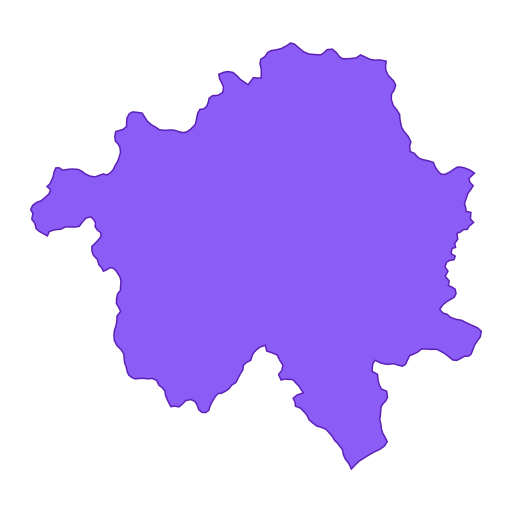 Três Corações, Minas Gerais, Brazil
{"feature_id": "56859067B1286472531500", "entity_name": "Três Corações", "entity_type": "district", "adm_level": 2, "iso_a3": "BRA", "parent_name": "Brazil", "parent_adm1": "Minas Gerais", "projection": "albers", "projection_center": [-45.209, -21.698], "detail": "fine", "context": "isolated", "style": "filled", "palette": "violet", "viewbox_px": 512, "rotation_deg": 0, "n_neighbors": 0, "source": "geoboundaries", "source_scale": "gbopen_adm2", "svg_char_len": 4857}
<svg xmlns="http://www.w3.org/2000/svg" viewBox="0 0 512 512"><path d="M351.3,469.0L355.5,464.6L359.3,461.0L363.9,458.1L369.0,454.9L374.5,451.8L380.1,449.2L384.8,445.7L387.2,441.6L385.5,438.0L382.9,433.5L381.3,428.7L380.9,424.2L379.8,419.7L380.4,415.0L380.7,410.5L381.1,406.8L382.9,403.8L385.6,401.1L387.5,397.3L386.7,391.2L381.3,389.0L379.1,384.3L378.0,379.8L377.5,374.3L372.1,371.3L372.3,367.4L372.9,363.5L375.1,360.3L380.4,362.9L386.4,364.3L390.1,364.1L394.1,363.8L398.5,365.2L402.3,366.2L405.4,364.5L407.6,359.8L409.6,355.6L413.8,354.0L418.2,351.7L421.3,349.1L425.9,348.9L430.2,349.4L433.6,349.3L437.2,349.4L440.7,351.3L444.0,353.1L447.1,355.3L450.1,357.8L452.8,360.0L456.7,360.4L460.4,358.6L464.5,356.3L468.7,356.1L471.2,353.9L472.8,349.8L474.6,344.9L477.2,341.1L480.3,336.8L481.3,331.3L477.9,328.1L474.5,326.4L469.9,324.4L465.6,322.4L461.7,320.3L455.9,319.3L450.4,317.3L447.1,314.3L442.9,313.0L439.7,309.2L443.1,304.6L447.1,301.4L450.2,299.6L454.2,297.3L456.0,293.7L455.2,289.2L451.7,286.9L448.4,285.5L449.2,280.9L445.2,276.3L448.0,271.1L445.0,267.1L446.6,262.2L449.7,260.5L454.1,259.6L455.2,256.1L451.0,253.6L452.1,248.3L455.6,247.5L454.7,243.6L457.7,239.2L457.0,233.3L460.7,231.9L463.4,229.6L467.3,229.4L469.2,226.0L473.6,222.5L470.4,219.0L470.9,212.4L466.2,211.4L465.7,207.8L464.4,203.4L466.4,198.0L467.9,193.4L470.3,190.2L473.2,185.7L470.1,182.6L468.8,178.5L474.5,173.1L469.9,170.0L464.8,168.0L460.9,167.1L457.2,167.1L454.2,169.0L450.0,171.9L445.1,174.3L441.2,174.3L438.4,171.6L435.4,167.4L433.4,162.4L428.7,160.9L423.1,159.7L419.5,158.5L416.9,156.4L414.5,153.4L410.2,151.5L409.6,146.1L410.9,142.0L408.2,136.4L404.0,131.4L401.6,127.4L400.6,122.9L399.9,118.6L399.6,114.4L396.8,109.9L393.2,105.4L391.3,99.5L391.5,94.0L394.1,90.2L395.7,85.3L393.7,81.0L391.3,78.6L388.2,75.3L385.8,70.2L385.6,65.9L386.2,61.2L380.6,60.0L374.2,60.1L369.9,59.3L365.5,57.2L360.6,54.9L356.0,58.0L350.8,58.5L346.1,58.8L342.3,58.6L339.4,56.6L336.3,52.5L332.2,49.1L327.0,49.7L324.0,52.7L320.8,54.8L315.1,54.6L308.8,54.0L303.5,51.7L298.6,47.7L294.6,44.2L290.7,43.0L286.5,45.8L281.4,48.5L275.9,49.9L271.1,50.6L267.5,52.6L265.1,56.4L260.7,59.4L260.0,63.9L261.2,68.8L261.3,73.9L261.2,78.0L257.1,78.0L253.4,77.6L251.2,80.7L248.1,84.7L244.4,82.2L240.1,79.2L237.3,76.1L233.1,72.5L227.9,71.5L223.6,72.3L218.8,74.3L219.6,78.8L221.6,82.6L223.6,87.4L222.7,92.4L218.1,95.3L212.6,95.7L209.1,98.3L208.1,103.0L206.4,106.6L203.6,109.0L200.0,109.3L197.8,113.0L196.5,118.9L195.4,124.3L190.8,129.1L186.5,132.0L182.3,132.6L178.4,131.5L173.9,130.1L168.9,130.0L165.2,130.4L159.5,129.8L155.7,127.2L151.3,124.7L147.3,121.1L144.8,117.3L142.2,113.1L136.9,112.3L132.5,111.9L129.2,113.9L127.0,118.0L126.6,122.5L126.5,126.6L123.0,129.4L119.7,130.4L115.7,131.6L114.8,136.5L115.4,141.2L117.9,143.7L119.9,147.3L120.5,152.5L119.2,157.0L117.7,161.3L115.4,165.0L113.5,169.1L110.8,172.5L106.8,175.0L103.4,173.9L100.0,175.1L95.0,176.9L89.7,176.0L85.0,173.7L81.5,171.0L77.8,169.4L71.8,169.0L67.4,169.4L62.7,170.2L59.2,167.8L55.9,167.9L54.1,171.9L53.2,176.5L51.6,180.2L49.9,183.8L47.0,186.6L50.6,189.6L49.0,193.9L44.5,198.0L41.2,200.7L36.4,202.5L32.6,205.4L30.7,209.7L32.9,213.3L31.8,219.4L34.8,223.2L36.2,228.7L39.0,231.2L43.2,233.6L47.4,235.9L49.1,231.8L52.9,230.2L56.4,229.6L60.9,229.2L65.7,226.8L70.2,227.0L75.0,227.0L79.2,226.4L82.3,222.1L86.0,218.1L90.7,216.8L93.8,219.7L95.5,222.9L95.1,226.8L97.3,229.9L100.8,232.7L101.0,236.5L98.8,239.4L95.3,243.1L91.8,246.5L92.0,251.4L93.5,255.4L97.3,259.3L99.0,265.0L101.7,267.9L103.4,271.2L106.5,269.9L109.8,267.8L113.2,268.1L116.0,270.8L118.2,274.0L120.0,277.1L121.0,280.9L120.6,285.8L120.4,290.4L117.7,293.7L116.6,298.2L116.4,303.5L118.6,307.1L120.6,311.4L117.1,315.9L116.7,322.2L115.8,326.3L114.5,330.1L113.9,335.4L114.4,340.5L116.8,345.4L121.3,349.9L123.9,354.2L124.1,358.6L124.7,363.1L126.4,367.6L127.2,371.6L128.7,375.0L131.9,377.6L135.3,378.9L140.0,378.4L143.9,378.4L147.9,378.8L152.3,378.5L156.5,380.2L159.0,385.3L162.3,387.7L164.9,391.0L165.6,395.7L167.4,399.9L169.1,403.4L170.9,406.7L174.6,406.1L179.1,406.9L182.8,403.6L185.9,400.5L190.8,399.6L194.9,401.4L197.0,404.7L198.8,409.7L201.8,412.3L205.6,412.6L208.7,410.5L210.2,405.7L212.4,401.2L215.4,396.5L217.8,393.7L221.5,393.2L225.5,391.2L228.8,388.9L231.7,385.1L235.9,382.5L237.8,378.7L240.1,374.3L242.9,369.8L243.4,365.3L246.3,362.5L250.7,360.3L252.3,355.2L254.2,352.1L256.8,349.5L260.0,347.1L265.2,345.3L266.8,351.1L272.6,353.0L277.2,355.0L279.9,360.5L282.9,365.2L281.9,370.3L278.6,374.4L281.0,380.0L285.0,379.0L288.7,379.4L292.9,379.7L295.8,382.9L298.8,385.9L301.0,389.4L303.3,392.8L296.9,395.1L293.2,398.3L295.1,402.4L295.4,406.1L300.7,408.3L304.2,412.0L306.7,414.8L309.3,420.1L313.2,423.3L316.7,426.0L321.0,427.2L325.9,429.2L329.1,432.7L332.3,436.4L334.7,440.5L337.6,443.3L340.0,446.4L342.5,449.8L343.4,454.7L345.4,459.2L349.0,463.8L351.3,469.0Z" fill="#8b5cf6" stroke="#5b21b6" stroke-width="1.5"/></svg>